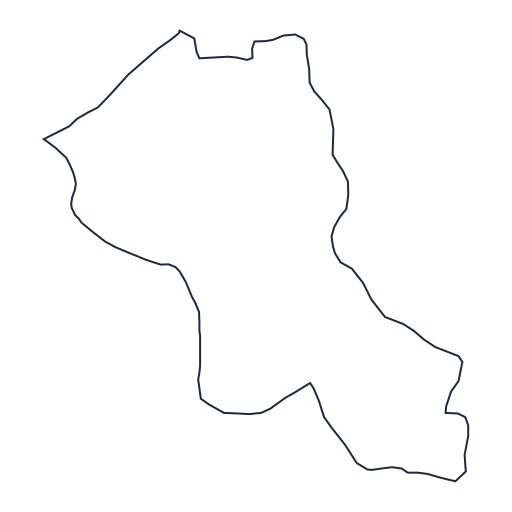 outline of Pakan, Sarawak, Malaysia
{"feature_id": "92858781B78593379458192", "entity_name": "Pakan", "entity_type": "district", "adm_level": 2, "iso_a3": "MYS", "parent_name": "Malaysia", "parent_adm1": "Sarawak", "projection": "orthographic", "projection_center": [111.704, 1.792], "detail": "fine", "context": "isolated", "style": "outline", "palette": "slate", "viewbox_px": 512, "rotation_deg": 0, "n_neighbors": 0, "source": "geoboundaries", "source_scale": "gbopen_adm2", "svg_char_len": 1651}
<svg xmlns="http://www.w3.org/2000/svg" viewBox="0 0 512 512"><path d="M356.8,463.1L367.4,469.5L371.7,469.9L381.5,468.5L391.9,467.2L401.7,468.5L407.8,472.7L418.2,472.7L427.9,474.0L440.1,477.6L455.4,481.3L458.8,478.1L465.8,471.5L464.6,455.0L468.2,436.1L468.2,425.1L465.2,417.1L457.9,413.5L445.6,412.9L446.2,406.2L451.1,391.5L458.5,381.1L462.4,362.0L458.5,356.1L435.4,347.1L424.1,339.7L413.6,330.7L403.4,324.1L385.0,317.0L371.3,299.4L363.1,283.0L351.8,268.6L340.5,262.3L335.0,253.3L333.0,246.7L331.5,236.5L334.2,227.1L340.1,216.6L346.3,209.1L348.3,195.1L347.9,181.4L342.8,170.8L336.9,161.9L332.6,154.8L333.4,129.0L329.5,109.5L321.7,99.7L314.3,91.5L309.6,82.5L309.2,69.2L306.8,54.8L306.5,44.6L303.7,38.8L302.6,38.2L295.1,34.5L283.4,35.6L272.8,39.9L265.4,41.1L254.5,41.5L252.1,48.5L252.5,57.9L247.1,59.9L236.5,57.5L227.9,56.7L199.4,58.3L196.6,52.0L194.3,38.4L179.7,30.7L178.7,33.3L170.5,39.9L158.3,48.5L128.6,74.3L120.0,83.7L109.5,95.4L97.8,107.5L88.4,112.2L77.0,118.9L69.2,126.3L43.8,139.1L46.6,141.1L55.9,148.2L66.1,157.6L69.6,164.2L73.1,172.4L74.7,177.9L75.9,183.7L74.7,190.4L72.3,197.0L71.2,203.3L71.6,207.6L75.1,215.0L79.0,218.9L81.3,222.4L91.5,231.0L105.2,241.6L115.3,247.1L127.1,252.1L136.8,256.0L145.4,259.6L154.8,262.7L160.7,264.6L168.5,264.3L175.5,267.0L179.8,271.7L185.7,281.8L191.9,296.7L195.5,303.3L199.0,311.9L199.4,321.7L199.4,330.7L200.1,335.8L200.1,365.9L199.4,372.5L198.2,379.6L200.8,398.7L208.7,404.3L223.9,412.9L238.6,413.5L249.0,414.1L261.2,412.9L270.4,408.6L285.6,397.6L295.4,392.1L303.3,387.2L310.1,383.0L313.7,388.5L318.6,400.1L324.1,417.2L332.0,428.2L344.9,444.6L356.8,463.1Z" fill="none" stroke="#1e293b" stroke-width="2"/></svg>